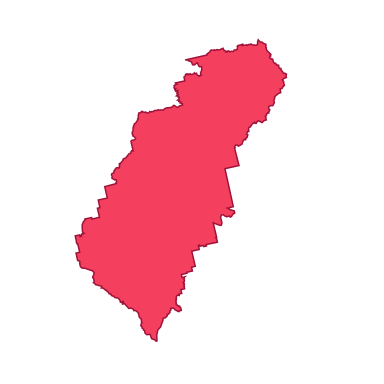 outline of Singleton, New South Wales, Australia, rotated 158°
{"feature_id": "25037944B56685676634678", "entity_name": "Singleton", "entity_type": "district", "adm_level": 2, "iso_a3": "AUS", "parent_name": "Australia", "parent_adm1": "New South Wales", "projection": "mercator", "projection_center": [150.791, -32.605], "detail": "fine", "context": "isolated", "style": "filled", "palette": "rose", "viewbox_px": 384, "rotation_deg": 158, "n_neighbors": 0, "source": "geoboundaries", "source_scale": "gbopen_adm2", "svg_char_len": 6024}
<svg xmlns="http://www.w3.org/2000/svg" viewBox="0 0 384 384"><g transform="rotate(158 192 192)"><path d="M301.4,207.1L301.9,205.9L303.7,205.2L306.2,202.6L308.3,196.7L308.4,195.5L307.6,194.3L308.4,194.4L308.5,193.9L309.9,194.4L310.8,193.5L311.0,192.3L312.5,192.5L312.2,194.3L316.7,195.1L317.6,189.8L318.1,188.8L317.9,186.7L317.4,186.6L318.7,178.2L322.4,178.8L323.7,171.3L322.1,169.9L322.3,168.5L322.9,168.0L323.4,164.5L322.5,162.7L319.9,161.4L313.2,155.6L313.5,155.1L312.9,153.7L313.1,153.1L314.2,152.4L314.7,151.1L315.7,150.8L316.1,149.7L315.6,148.3L316.1,147.3L315.9,146.5L316.4,145.4L317.4,144.9L316.5,143.8L316.2,142.3L311.1,138.5L311.2,137.7L312.1,137.1L310.3,136.0L309.0,133.5L308.4,133.3L308.0,131.6L307.1,130.8L307.0,128.6L305.6,128.1L305.5,126.3L304.7,125.3L303.7,125.0L303.1,123.0L300.2,121.4L299.3,118.2L299.7,116.6L296.8,116.4L297.0,115.1L298.3,115.4L298.5,114.1L296.3,113.7L294.2,107.7L291.9,107.1L290.6,105.7L290.3,103.7L289.1,103.6L287.6,101.3L286.9,99.8L287.4,99.1L287.2,98.0L287.8,96.3L287.1,93.7L286.5,93.2L287.6,90.3L287.2,89.7L289.0,88.3L289.5,86.8L288.9,86.1L289.2,84.4L288.3,83.1L288.7,82.2L287.9,81.2L288.4,78.7L287.5,76.7L284.2,75.7L284.4,71.1L282.0,69.0L281.2,67.2L280.3,67.0L278.2,72.7L275.3,76.9L271.4,78.8L270.8,79.8L267.2,83.6L266.0,85.8L263.8,85.3L261.4,86.4L260.7,87.8L259.5,87.5L258.7,88.2L257.5,88.6L257.1,89.9L255.7,90.6L255.4,92.0L253.2,91.7L252.1,90.3L252.0,89.4L249.6,86.4L248.8,86.0L248.4,86.6L246.3,86.2L245.8,88.9L246.4,90.2L246.2,90.8L247.4,91.0L247.5,92.0L248.8,93.5L248.4,93.9L248.5,94.9L248.0,95.3L248.1,96.2L246.9,98.0L247.2,98.5L246.5,98.9L245.6,101.0L244.5,101.6L243.9,101.7L242.6,100.8L242.4,101.1L242.8,101.6L242.1,102.3L239.5,101.8L238.9,105.7L235.1,105.0L234.8,107.5L234.4,107.5L234.4,108.4L233.7,109.1L234.1,110.3L233.5,110.4L233.8,111.6L232.8,111.8L232.0,113.2L232.2,114.3L231.6,114.6L231.8,115.5L230.5,116.0L233.3,116.4L232.8,119.4L227.1,118.6L226.9,119.5L221.2,118.6L220.6,122.4L216.8,121.9L214.4,137.2L206.8,136.0L206.1,140.1L204.9,139.9L205.1,138.8L201.4,138.1L201.2,138.7L201.5,137.0L198.8,136.5L198.6,138.0L187.3,135.9L186.7,139.7L187.2,140.6L186.2,140.5L183.9,155.4L178.6,150.6L177.5,150.2L177.0,150.4L175.8,152.2L174.9,158.1L173.1,159.7L171.6,159.2L170.3,157.1L169.0,156.0L166.6,155.9L166.3,154.9L165.6,154.3L164.5,154.5L162.7,156.0L160.3,156.4L159.9,158.7L163.0,161.1L165.2,163.8L159.2,162.9L152.7,201.3L138.5,198.9L136.1,216.6L135.4,217.0L135.6,217.8L134.1,219.1L132.6,218.7L131.7,217.1L127.8,217.6L125.1,220.7L123.9,221.1L123.4,220.5L122.5,220.5L122.2,221.6L120.5,221.9L118.8,224.2L119.6,225.3L119.1,226.1L117.7,227.2L116.7,226.8L115.7,229.8L114.6,230.7L113.7,230.4L110.3,232.7L108.7,232.8L108.0,233.3L107.7,232.0L106.8,231.6L104.9,233.0L103.6,233.1L101.1,230.1L98.2,231.2L96.1,231.0L96.1,232.3L95.4,233.3L95.7,234.7L94.3,235.2L93.7,236.4L92.5,236.6L92.1,237.2L91.2,236.6L90.9,237.4L89.4,238.6L89.1,239.5L89.7,240.4L88.8,242.4L86.6,242.6L85.0,241.8L84.3,242.1L82.2,244.0L81.6,246.7L80.1,248.0L79.7,249.4L74.7,251.0L72.5,250.9L71.7,254.5L69.7,254.3L68.2,255.6L66.4,256.2L66.1,259.1L65.6,259.9L66.2,262.2L63.7,262.9L61.6,262.8L61.4,264.2L60.3,265.9L61.4,267.4L62.3,267.5L62.9,268.2L62.9,269.8L63.7,271.4L63.3,273.3L64.3,273.5L64.8,275.3L64.2,277.0L64.8,277.6L65.8,277.7L66.4,279.2L66.1,279.9L67.3,280.6L67.8,281.5L67.5,285.1L68.6,285.5L68.7,286.1L69.5,286.7L69.5,288.1L68.2,288.5L68.4,289.6L67.5,289.6L67.3,290.0L69.5,295.0L69.5,297.3L69.0,298.0L69.3,299.2L68.3,300.5L68.2,301.4L70.1,302.9L70.6,304.4L72.7,305.7L73.6,308.3L75.0,306.6L76.0,304.2L77.9,304.0L79.2,305.1L80.6,305.4L81.9,307.2L83.4,307.0L84.4,307.6L85.8,307.2L86.5,308.2L87.3,308.0L89.3,308.7L89.5,309.9L89.9,310.2L90.8,309.2L91.1,310.1L94.9,310.6L95.6,310.0L95.5,309.2L97.0,307.1L99.8,307.8L100.0,307.2L101.9,307.0L102.9,307.8L104.4,307.7L105.1,309.1L106.1,309.2L106.8,308.6L108.0,309.2L107.5,309.5L108.2,309.6L108.5,310.8L109.3,311.4L109.4,313.7L113.8,313.5L115.5,314.7L117.5,314.6L118.0,315.5L119.1,315.4L121.1,316.5L122.1,316.1L122.5,315.4L126.7,314.2L126.9,313.4L148.9,317.0L146.7,316.1L146.2,315.0L144.2,313.4L143.8,312.5L143.8,309.7L141.9,308.9L140.5,309.5L138.6,309.7L138.6,306.2L137.9,305.1L136.4,304.9L136.2,304.1L137.5,301.2L139.4,299.3L139.8,298.0L139.4,296.8L141.9,296.7L141.8,297.3L142.7,297.6L143.5,299.1L143.3,300.4L144.8,300.7L145.2,301.6L146.3,300.9L147.9,301.0L148.6,301.1L149.4,302.3L150.7,302.0L150.7,302.5L152.0,302.6L151.9,303.0L152.7,303.0L152.9,303.6L154.2,303.2L154.3,302.5L155.4,301.8L156.4,301.6L157.0,297.7L166.3,299.3L165.6,297.6L167.1,298.1L167.8,297.4L168.7,297.4L168.8,296.3L169.6,295.6L169.5,294.1L168.6,293.9L169.6,293.3L169.4,291.6L168.1,291.9L168.8,291.3L168.6,290.6L167.5,291.6L167.1,291.4L167.8,290.7L167.8,289.3L169.2,288.8L168.4,287.5L170.4,286.9L168.4,285.6L168.6,285.0L169.2,284.7L168.6,283.8L168.7,283.2L170.8,282.6L169.8,282.1L170.4,280.9L169.1,280.3L169.0,279.7L169.5,279.3L168.7,279.1L169.0,278.3L167.8,277.4L168.3,276.1L170.9,276.6L173.5,275.8L174.2,276.1L175.8,278.7L176.5,279.2L179.2,278.1L184.4,279.6L186.5,279.4L187.9,278.6L189.8,279.7L191.9,280.2L192.5,281.0L193.6,280.7L196.3,281.6L198.0,281.0L199.2,281.7L200.1,281.5L201.1,282.5L202.1,281.7L203.3,281.7L204.6,282.7L204.9,283.5L206.2,283.5L206.7,284.2L207.6,284.5L208.1,285.6L208.9,285.5L209.5,284.7L211.7,285.2L213.3,282.9L213.9,280.8L215.1,280.1L214.9,279.4L218.5,277.0L220.0,276.8L220.2,276.1L221.6,275.1L221.7,274.2L222.6,273.7L223.8,270.5L224.6,270.3L225.5,268.9L225.7,267.2L225.4,266.9L225.8,266.0L225.2,265.5L224.1,262.9L224.5,262.4L225.7,261.9L228.3,262.5L229.6,261.9L231.2,252.1L232.4,252.9L233.5,252.2L234.2,251.0L236.1,251.0L240.8,248.4L243.5,248.4L243.7,247.6L246.2,246.0L248.9,245.3L248.6,244.4L249.4,244.0L249.6,242.5L250.3,242.4L250.6,241.7L253.1,242.8L254.9,241.8L255.0,241.3L256.4,240.9L257.1,239.2L259.5,239.0L260.3,238.0L260.2,236.2L261.1,234.8L259.2,232.2L257.5,231.5L258.6,228.8L259.2,228.9L259.3,228.2L270.9,229.7L272.8,218.1L281.9,219.7L283.3,211.9L285.8,212.4L287.2,203.3L294.9,204.3L294.6,205.9L301.4,207.1Z" fill="#f43f5e" stroke="#9f1239" stroke-width="1.5"/></g></svg>